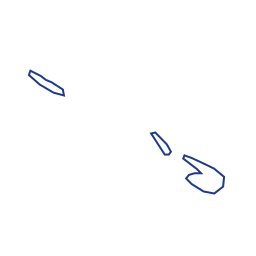 map outline of Ragged Island (Albers equal-area conic projection), rotated 324°
{"feature_id": "BHS-5034", "entity_name": "Ragged Island", "entity_type": "District", "adm_level": 1, "iso_a3": "BHS", "parent_name": "The Bahamas", "parent_adm1": "", "projection": "albers", "projection_center": [-75.761, 22.282], "detail": "fine", "context": "isolated", "style": "outline", "palette": "blue", "viewbox_px": 256, "rotation_deg": 324, "n_neighbors": 0, "source": "natural_earth", "source_scale": "10m", "svg_char_len": 544}
<svg xmlns="http://www.w3.org/2000/svg" viewBox="0 0 256 256"><g transform="rotate(324 128 128)"><path d="M170.3,204.9L173.8,211.5L177.0,224.0L170.5,231.3L159.3,231.7L151.8,223.7L146.5,210.6L145.4,203.0L149.7,201.8L155.0,203.6L160.5,207.6L159.6,201.6L154.7,185.2L157.6,183.3L161.9,189.7L170.3,204.9ZM89.8,40.7L93.2,46.4L97.9,58.6L95.3,64.0L88.5,55.6L82.1,40.9L79.0,26.9L82.7,24.3L88.0,34.6L89.8,40.7ZM148.8,172.4L145.5,173.5L142.1,171.1L143.5,146.0L147.4,147.7L149.8,164.0L148.8,172.4Z" fill="none" stroke="#1e3a8a" stroke-width="2"/></g></svg>